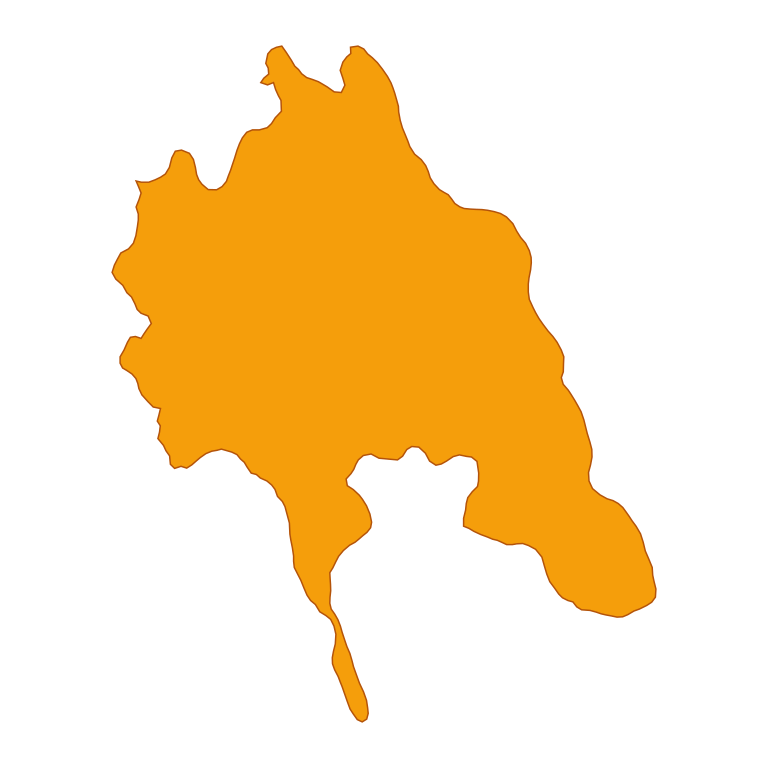 Veredinha, Minas Gerais, Brazil
{"feature_id": "56859067B69481295032755", "entity_name": "Veredinha", "entity_type": "district", "adm_level": 2, "iso_a3": "BRA", "parent_name": "Brazil", "parent_adm1": "Minas Gerais", "projection": "natural_earth1", "projection_center": [-42.725, -17.51], "detail": "fine", "context": "isolated", "style": "filled", "palette": "amber", "viewbox_px": 768, "rotation_deg": 0, "n_neighbors": 0, "source": "geoboundaries", "source_scale": "gbopen_adm2", "svg_char_len": 4686}
<svg xmlns="http://www.w3.org/2000/svg" viewBox="0 0 768 768"><path d="M563.8,356.8L561.3,350.1L557.1,342.3L552.9,336.5L548.1,331.1L543.2,324.6L539.0,318.6L535.5,312.5L533.0,307.5L529.3,299.4L528.3,292.0L528.3,283.9L529.0,277.8L530.6,269.8L531.3,262.7L531.1,257.3L529.3,250.6L525.6,243.3L520.6,237.4L516.7,231.2L512.9,223.7L506.5,217.0L500.5,213.5L494.1,211.6L487.7,210.3L482.0,209.6L476.2,209.4L470.5,209.1L464.1,208.5L459.7,206.8L454.8,203.5L451.7,199.1L448.2,194.7L444.0,192.4L439.4,189.6L433.9,183.7L430.2,177.8L428.2,171.4L425.7,165.6L421.2,159.6L414.6,154.2L409.8,146.6L407.8,141.0L405.3,134.9L402.4,127.9L400.2,120.3L398.7,112.1L398.4,106.3L396.7,100.1L394.7,93.1L392.9,87.8L391.0,82.9L387.5,76.5L382.6,69.4L377.4,62.7L372.4,57.8L367.6,53.9L363.8,49.0L358.0,46.1L350.5,47.2L350.8,53.5L346.8,56.9L342.9,62.1L340.2,70.3L342.9,78.3L344.9,85.2L341.3,92.5L334.2,91.9L327.2,86.9L323.0,84.4L318.4,81.7L312.2,79.4L306.7,77.6L301.7,73.8L298.5,69.5L294.8,66.2L291.3,60.2L286.1,52.2L281.8,46.1L276.4,47.3L271.5,49.6L267.8,53.9L265.8,63.4L268.2,68.0L268.7,74.1L263.8,78.2L260.8,82.6L267.5,84.9L273.5,82.6L275.6,89.5L278.4,95.7L281.0,100.4L281.4,111.3L275.3,117.7L271.5,123.6L267.2,127.7L259.3,129.9L252.4,129.9L246.7,132.3L242.4,137.8L239.5,143.7L237.0,150.3L234.5,158.5L232.3,165.0L230.6,170.2L228.4,175.8L226.4,181.4L222.1,186.6L216.6,189.8L208.2,189.6L201.9,184.2L198.7,179.8L196.6,174.5L195.4,167.4L193.4,159.4L189.4,153.3L181.5,150.1L175.3,151.2L171.8,157.9L169.4,167.4L165.4,174.0L160.6,177.2L155.2,179.8L148.8,182.2L141.3,182.2L136.1,181.0L138.6,186.8L141.1,193.0L139.1,199.4L136.1,207.0L138.3,214.0L138.3,220.0L137.4,226.7L135.9,235.7L133.4,243.2L128.5,248.9L120.8,253.0L117.2,259.6L114.4,265.1L112.1,272.4L115.8,279.1L122.8,285.3L126.9,292.7L131.5,297.0L134.9,303.7L137.2,309.5L141.1,313.3L148.1,316.0L151.3,323.5L147.0,329.4L143.8,334.1L141.1,338.4L135.4,336.5L130.4,337.3L127.5,342.2L124.0,350.1L120.1,356.8L120.1,363.2L122.6,368.0L127.0,370.6L132.0,374.0L135.9,378.5L137.8,383.4L138.9,388.6L141.9,394.9L148.1,401.8L153.2,407.0L160.5,408.5L158.9,415.2L157.3,421.1L160.3,425.8L159.5,432.2L157.9,438.6L163.5,445.4L166.0,450.8L169.6,455.9L170.4,464.3L174.6,468.4L181.0,466.3L186.7,468.1L191.9,464.8L196.1,461.1L200.2,457.6L205.9,453.6L211.8,451.2L217.0,450.3L221.4,449.1L226.6,450.6L231.8,452.1L237.0,454.6L240.5,459.0L244.3,462.3L247.0,466.9L251.2,473.1L256.4,474.5L260.3,478.0L266.8,480.9L271.7,485.0L275.0,489.4L277.5,496.4L282.4,501.5L285.0,506.6L286.9,513.7L289.4,523.0L289.9,534.1L290.8,539.9L292.4,547.8L293.6,556.0L293.6,561.3L294.3,567.5L297.8,574.4L300.8,580.2L304.0,588.1L307.0,595.1L310.6,600.5L315.4,604.5L319.8,611.8L326.0,615.6L330.7,619.4L334.0,626.1L335.9,634.3L335.3,644.0L333.5,651.2L332.3,657.7L332.5,663.8L334.7,669.9L338.2,676.6L340.2,681.9L342.1,686.6L344.4,693.2L347.3,701.5L350.1,709.1L353.3,714.0L357.3,719.6L362.2,721.9L366.7,719.1L368.2,713.4L367.6,707.6L366.5,700.3L363.5,691.8L359.5,683.3L357.3,677.3L355.4,672.0L353.5,666.7L352.1,661.1L349.9,653.5L346.9,646.6L344.9,640.7L342.1,632.2L340.4,626.1L337.9,619.7L334.7,614.1L331.2,609.1L329.8,603.3L330.0,597.2L330.7,590.8L330.5,584.3L330.1,578.5L329.8,572.7L332.8,567.9L335.7,561.9L338.6,556.3L343.4,550.5L349.6,545.2L355.1,542.2L359.0,539.0L363.0,535.5L366.9,532.4L370.6,527.7L371.6,522.2L369.9,514.0L366.5,505.8L362.5,499.4L359.3,495.2L353.3,489.6L347.3,485.7L346.1,479.0L351.0,473.6L353.8,469.3L355.8,464.4L358.3,459.9L363.3,455.5L371.1,454.0L379.0,458.2L392.0,459.4L397.5,459.9L402.6,456.2L406.8,449.5L411.8,446.5L418.8,447.1L425.4,453.2L429.6,461.1L435.9,465.2L441.3,464.0L446.5,461.1L453.2,456.6L459.4,454.9L466.6,456.4L471.5,457.0L477.0,461.4L478.7,473.1L478.5,481.2L477.5,486.5L472.2,491.8L467.8,497.6L466.3,503.4L465.6,510.1L463.6,518.3L463.6,526.2L468.8,528.3L474.0,531.4L480.7,534.5L487.7,537.1L492.6,539.2L497.3,540.3L501.8,542.3L506.7,544.6L512.2,544.6L516.8,543.8L522.8,543.5L528.5,545.5L535.6,549.3L541.9,557.1L544.4,566.0L546.8,574.1L549.8,581.7L554.8,588.4L558.7,594.0L562.5,597.8L567.9,600.5L572.9,601.9L576.8,606.9L581.6,609.8L590.0,610.4L596.2,612.1L601.1,613.8L605.8,614.9L611.2,615.9L617.0,617.1L622.7,616.8L627.7,614.7L634.0,611.0L639.3,609.1L646.8,605.4L651.7,602.2L655.4,597.2L655.9,589.0L653.9,580.9L652.7,575.2L652.2,567.4L648.5,558.4L645.3,551.0L643.2,542.3L640.5,533.8L636.1,526.3L631.9,520.6L629.1,516.3L626.2,512.2L622.8,507.5L618.2,503.5L613.0,500.6L607.1,498.8L599.9,494.8L592.5,488.6L589.0,481.0L588.5,472.5L590.5,465.0L592.0,457.0L591.8,449.4L590.0,442.4L587.2,433.3L585.8,427.7L583.9,420.0L581.1,411.8L577.9,405.9L574.7,400.3L571.1,394.5L568.2,390.1L563.2,384.3L561.3,377.6L563.3,371.8L563.5,363.8L563.8,356.8Z" fill="#f59e0b" stroke="#b45309" stroke-width="1.5"/></svg>